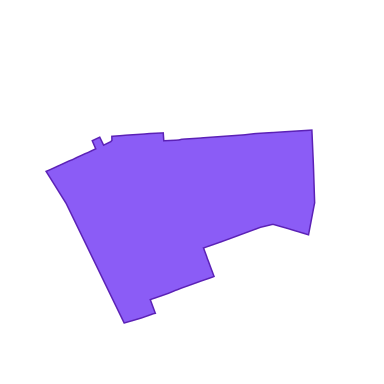 Al-Munakh, Bur Sa`id, Egypt (Albers equal-area conic projection), rotated 233°
{"feature_id": "37247803B61340660401138", "entity_name": "Al-Munakh", "entity_type": "district", "adm_level": 2, "iso_a3": "EGY", "parent_name": "Egypt", "parent_adm1": "Bur Sa`id", "projection": "albers", "projection_center": [32.286, 31.265], "detail": "fine", "context": "isolated", "style": "filled", "palette": "violet", "viewbox_px": 384, "rotation_deg": 233, "n_neighbors": 0, "source": "geoboundaries", "source_scale": "gbopen_adm2", "svg_char_len": 1106}
<svg xmlns="http://www.w3.org/2000/svg" viewBox="0 0 384 384"><g transform="rotate(233 192 192)"><path d="M296.3,87.9L285.8,87.0L258.5,84.6L128.2,59.0L121.8,75.9L118.1,87.7L117.7,88.7L117.2,89.7L131.2,93.9L125.3,112.1L123.7,118.3L123.6,118.9L123.4,119.6L122.7,121.7L121.7,125.5L115.7,144.9L111.8,156.9L111.3,158.8L113.4,159.4L116.3,160.3L118.5,160.9L122.8,162.2L127.1,163.5L129.4,164.1L132.0,165.0L138.7,167.0L139.5,167.3L140.4,167.5L134.2,186.9L122.6,225.5L121.1,228.9L118.6,234.7L117.8,236.6L117.4,237.1L117.0,237.6L111.8,241.5L106.7,245.4L99.0,251.0L87.7,259.3L108.3,282.0L108.9,282.7L109.5,283.4L140.2,305.0L169.3,325.0L200.7,277.5L206.2,268.1L228.8,233.2L229.4,232.2L230.0,231.2L238.9,217.7L240.5,215.1L240.9,214.0L241.0,213.8L241.4,212.9L242.9,210.5L249.9,200.3L256.5,204.6L264.5,192.9L267.0,188.8L277.0,173.6L280.0,168.8L284.7,161.5L281.4,159.1L281.3,158.3L281.1,157.5L281.6,154.8L282.6,149.6L291.3,151.3L293.0,143.2L284.4,141.1L285.1,137.9L286.2,132.3L287.0,129.5L287.7,126.1L288.8,121.3L289.8,115.9L290.9,112.1L295.5,90.9L296.3,87.9Z" fill="#8b5cf6" stroke="#5b21b6" stroke-width="1.5"/></g></svg>